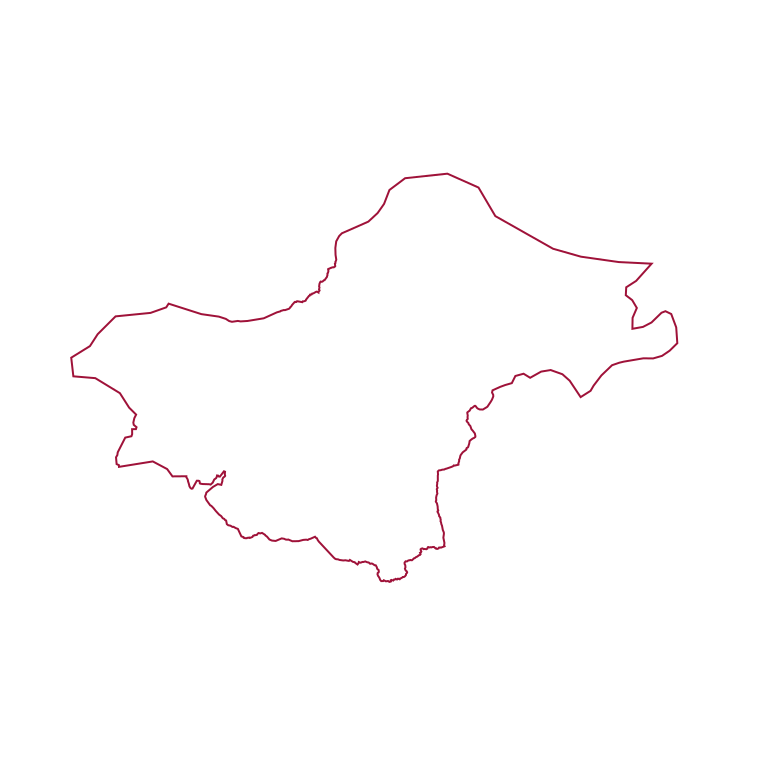 Krachi Nchumuru, Volta, Ghana (Natural Earth projection), rotated 164°
{"feature_id": "2480657B73751367479109", "entity_name": "Krachi Nchumuru", "entity_type": "district", "adm_level": 2, "iso_a3": "GHA", "parent_name": "Ghana", "parent_adm1": "Volta", "projection": "natural_earth1", "projection_center": [-0.055, 8.189], "detail": "fine", "context": "isolated", "style": "outline", "palette": "rose", "viewbox_px": 768, "rotation_deg": 164, "n_neighbors": 0, "source": "geoboundaries", "source_scale": "gbopen_adm2", "svg_char_len": 6160}
<svg xmlns="http://www.w3.org/2000/svg" viewBox="0 0 768 768"><g transform="rotate(164 384 384)"><path d="M661.6,377.4L627.6,373.3L615.9,362.0L612.8,353.5L599.4,349.8L599.7,348.8L599.2,347.2L599.0,345.5L599.2,344.9L599.1,341.9L599.2,339.2L598.7,337.4L597.9,336.4L596.9,336.3L596.6,336.6L590.6,342.6L589.1,342.2L588.2,341.6L588.2,340.4L588.4,339.2L587.6,338.6L585.8,337.8L579.6,335.8L578.4,335.1L575.8,336.4L573.5,339.0L571.3,339.8L570.4,340.8L569.7,342.1L568.6,341.6L568.4,340.7L567.3,340.2L561.9,344.2L561.0,343.5L561.9,341.2L562.0,339.5L562.6,339.0L564.0,338.5L564.7,338.0L565.7,336.8L566.0,335.4L568.2,331.9L571.4,333.6L576.8,332.2L584.7,328.6L585.4,327.3L586.9,325.4L587.0,324.8L586.7,321.4L584.5,315.3L583.6,314.5L582.1,311.7L580.7,308.3L578.5,303.9L576.9,301.9L576.0,299.4L574.8,298.4L574.2,296.9L573.4,296.3L573.7,292.6L572.7,291.2L570.6,290.1L569.1,288.4L568.0,288.2L566.3,286.4L564.4,285.0L563.1,276.8L561.3,275.6L561.4,275.1L561.3,274.8L559.9,274.0L558.4,273.6L557.9,273.8L555.9,273.5L555.9,273.2L555.5,273.0L552.9,273.2L552.4,273.4L551.6,274.2L550.9,274.1L550.2,274.4L549.8,274.2L547.8,274.0L546.5,275.0L545.6,275.3L544.2,274.5L542.3,274.5L539.9,271.8L539.8,271.2L538.5,269.5L537.0,266.1L534.9,264.4L531.4,263.0L524.9,263.8L522.6,262.7L521.4,261.6L519.9,261.0L518.9,260.9L515.4,258.1L509.4,256.5L504.6,256.4L501.6,255.8L500.3,255.1L498.9,255.5L497.2,255.5L492.4,256.2L491.7,254.7L491.0,254.2L490.8,252.6L490.1,250.5L480.2,231.1L479.1,229.4L478.3,228.8L476.5,228.1L475.2,227.1L471.8,225.6L469.7,225.2L466.9,223.8L466.4,223.6L465.3,224.3L462.9,221.6L461.3,220.8L460.9,219.9L459.2,217.8L458.0,218.7L457.3,219.8L456.1,218.8L455.3,218.7L453.8,218.9L453.0,218.6L450.9,218.6L449.2,217.2L448.5,217.0L447.6,216.3L447.1,215.2L446.5,214.9L445.8,215.0L444.7,214.5L442.9,212.3L441.9,212.0L441.4,209.8L441.5,209.0L441.4,208.0L440.5,206.8L440.6,205.4L441.1,204.4L442.1,204.1L442.7,202.9L442.6,201.1L442.3,200.5L441.8,198.6L441.7,196.9L441.0,195.3L439.1,194.8L438.3,195.4L436.6,193.8L434.4,193.5L434.0,192.9L433.1,192.2L431.8,192.3L431.7,193.4L431.3,193.6L430.8,193.6L430.3,193.1L429.5,192.9L429.3,192.6L428.2,193.3L427.6,193.0L426.5,193.5L425.4,192.5L424.4,193.0L423.8,192.6L423.3,192.7L422.7,192.0L421.8,192.5L419.5,193.0L419.1,193.3L418.1,193.0L416.8,193.4L415.6,194.3L415.2,195.3L413.9,196.2L413.6,196.7L413.9,197.9L414.3,198.3L414.6,199.0L414.8,200.7L413.9,201.9L413.5,204.0L413.8,205.4L413.4,206.7L412.1,207.6L410.9,207.1L409.2,207.7L408.3,207.5L407.2,207.6L406.5,207.1L405.6,206.9L403.1,208.2L402.5,208.1L400.8,208.8L399.7,208.9L397.5,209.8L396.7,209.7L395.7,210.4L395.9,211.8L394.7,212.2L394.3,212.6L394.5,214.4L394.4,215.0L393.6,215.4L392.4,215.4L392.0,215.1L391.4,214.3L390.6,214.3L388.8,213.5L387.7,213.8L387.1,214.8L386.6,215.1L386.2,215.0L385.8,214.6L385.2,214.3L384.3,214.3L383.6,213.9L382.3,213.9L380.9,213.6L379.7,211.7L379.3,211.8L378.9,211.1L378.3,210.8L376.9,210.9L376.2,211.6L374.8,211.3L374.4,211.0L370.5,211.3L370.7,212.5L370.2,213.3L369.7,214.7L369.3,219.9L367.7,223.5L367.4,224.9L367.7,227.5L367.3,231.9L367.5,233.3L367.3,235.5L367.5,236.5L366.9,237.8L366.9,239.2L366.7,239.7L367.0,240.9L367.4,241.6L367.2,243.0L367.4,244.7L367.8,246.3L367.7,246.8L367.2,246.9L366.7,247.5L366.8,248.9L366.2,251.5L366.0,254.6L366.6,256.6L366.5,257.0L365.8,257.9L365.2,260.5L364.0,262.7L362.9,263.9L362.8,265.7L362.3,266.9L362.3,268.1L362.1,268.6L361.1,269.4L361.3,270.9L361.2,271.6L360.3,273.5L360.1,274.7L359.1,275.8L358.8,276.6L357.5,281.2L357.0,282.1L356.4,285.1L355.1,285.8L353.0,285.5L351.8,285.6L349.5,285.2L348.4,285.5L347.5,285.4L342.0,285.7L340.4,285.9L339.3,286.5L338.8,286.1L334.7,285.9L334.5,286.3L334.5,287.0L333.0,289.2L332.7,290.5L331.7,291.5L330.3,294.1L329.7,294.7L327.2,296.6L323.1,298.2L322.8,298.4L322.6,299.2L322.1,299.7L321.0,299.9L320.5,300.2L318.4,303.4L317.4,305.6L315.3,306.6L313.5,307.2L312.4,307.3L310.9,307.9L310.5,308.7L310.3,311.4L311.6,314.8L312.4,316.3L312.6,319.9L313.6,321.8L313.7,323.3L314.7,325.1L314.8,325.9L314.2,326.7L313.4,327.1L313.1,327.5L312.8,329.2L312.2,330.6L311.9,333.4L311.6,333.8L309.0,334.8L307.1,336.7L305.7,336.8L303.0,338.0L302.4,337.9L301.8,337.1L301.4,335.7L300.7,334.6L299.1,333.2L296.0,332.2L291.6,333.4L290.8,333.7L286.3,337.5L284.5,339.2L282.4,341.9L282.0,343.5L282.5,346.0L281.4,348.0L273.2,349.2L267.8,349.6L260.9,349.6L255.5,355.5L247.0,355.4L241.8,349.7L229.5,352.6L220.0,351.5L209.8,344.2L204.6,336.0L198.6,317.2L187.3,320.5L182.9,324.7L172.7,332.3L159.6,339.2L152.0,339.6L147.3,339.4L127.6,337.2L118.3,334.4L109.0,334.4L100.2,337.3L90.8,342.4L87.5,357.9L88.6,372.1L93.4,376.4L97.6,376.0L109.9,369.4L119.3,367.5L130.0,368.6L126.8,379.1L120.0,387.4L122.3,396.2L127.1,402.7L124.5,410.2L113.2,413.6L93.6,425.9L124.7,436.5L159.6,452.1L184.2,467.4L230.7,514.7L239.0,546.8L265.1,568.7L307.0,576.0L325.3,569.0L334.3,557.1L343.0,550.1L354.3,544.4L382.9,540.5L386.3,538.6L390.6,534.3L393.3,528.1L395.0,521.4L395.6,516.7L396.2,515.7L397.0,514.9L397.3,513.7L398.0,513.3L398.4,510.7L399.0,510.3L399.4,510.3L400.0,510.0L401.7,510.4L402.5,510.2L403.3,510.3L405.3,509.8L405.7,510.0L406.1,509.8L406.3,507.9L407.2,506.3L407.9,505.9L408.4,504.1L408.9,503.5L409.3,502.7L412.5,500.2L413.1,500.3L414.9,499.4L416.1,499.5L416.6,499.9L417.3,499.5L418.4,498.1L419.5,495.6L419.4,494.6L420.4,492.8L420.1,491.8L420.4,491.4L421.6,490.6L421.8,490.0L423.0,491.3L424.1,491.3L426.8,490.6L428.2,490.7L428.7,490.1L429.3,490.0L430.2,490.4L430.5,490.3L430.9,489.5L431.8,489.4L435.8,486.5L436.2,485.8L436.9,485.6L438.9,485.6L439.4,485.8L440.0,485.2L444.2,487.3L444.9,487.5L445.6,487.0L446.4,487.1L446.8,487.5L447.3,487.4L450.6,485.3L451.9,484.1L452.9,483.7L453.6,483.0L454.6,482.5L458.9,482.3L459.8,482.7L463.1,482.7L463.6,482.4L467.2,482.4L481.5,480.3L497.8,482.2L504.6,483.7L507.1,484.9L513.0,485.7L515.5,487.2L518.1,490.2L524.2,494.3L540.3,501.5L568.9,520.6L572.2,517.7L588.8,516.7L623.4,523.0L645.5,510.8L656.2,501.5L677.4,495.5L680.5,477.0L659.9,469.2L640.4,448.0L635.5,431.5L630.7,422.9L633.4,420.0L635.6,416.0L635.8,413.7L633.8,410.7L634.9,409.0L638.6,410.0L639.9,405.2L641.2,403.4L647.5,403.8L658.8,391.7L659.9,389.2L661.8,387.4L663.1,380.7L661.2,379.1L661.6,377.4Z" fill="none" stroke="#9f1239" stroke-width="2"/></g></svg>